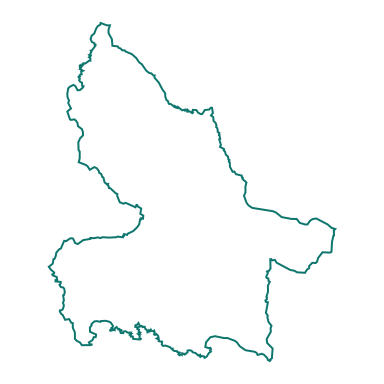 outline of Tulungagung, Jawa Timur, Indonesia
{"feature_id": "22746128B2754392863745", "entity_name": "Tulungagung", "entity_type": "district", "adm_level": 2, "iso_a3": "IDN", "parent_name": "Indonesia", "parent_adm1": "Jawa Timur", "projection": "orthographic", "projection_center": [111.871, -8.073], "detail": "fine", "context": "isolated", "style": "outline", "palette": "teal", "viewbox_px": 384, "rotation_deg": 0, "n_neighbors": 0, "source": "geoboundaries", "source_scale": "gbopen_adm2", "svg_char_len": 5891}
<svg xmlns="http://www.w3.org/2000/svg" viewBox="0 0 384 384"><path d="M220.2,138.8L219.3,134.6L219.8,133.6L219.1,134.1L219.3,132.9L217.8,132.0L217.4,128.3L216.1,127.0L216.5,125.4L215.5,122.8L213.6,121.0L213.2,117.0L211.0,115.5L212.9,113.0L212.0,107.8L210.9,107.7L209.0,109.6L204.9,110.0L202.2,114.0L200.7,114.1L198.0,112.6L196.4,110.1L192.8,109.9L192.4,111.1L193.1,112.4L192.3,113.2L189.5,111.4L187.8,111.6L188.2,110.6L187.4,109.6L186.1,110.7L185.1,110.6L185.2,109.6L182.2,110.3L177.7,106.8L177.2,107.5L176.2,106.9L176.7,107.8L174.7,107.2L171.1,104.2L168.9,103.8L167.8,100.9L166.4,100.0L165.2,96.2L165.2,93.2L162.6,89.8L158.8,82.6L154.5,77.6L154.6,75.4L153.2,75.4L151.4,73.4L149.2,73.0L146.3,70.7L141.7,64.1L139.2,62.4L136.3,58.1L131.8,54.1L125.6,51.5L124.6,50.3L122.3,50.3L120.4,48.4L118.7,47.9L117.8,46.4L112.4,45.8L111.9,39.2L108.6,33.3L108.5,29.7L110.0,25.3L106.8,25.3L100.6,23.0L100.2,24.8L98.0,25.9L96.2,28.5L94.2,33.6L91.7,35.6L90.6,39.0L91.8,41.9L94.4,43.2L94.6,44.8L95.5,44.7L95.6,45.5L91.9,50.4L90.8,50.6L91.4,51.7L90.3,53.7L90.8,55.3L89.3,55.2L90.0,56.3L89.0,57.2L90.3,58.0L90.4,60.7L89.2,60.6L85.5,63.4L83.4,63.3L83.5,64.2L82.3,64.4L82.7,65.4L81.7,66.4L80.3,65.1L79.7,65.7L79.9,67.4L80.8,67.0L81.1,67.6L79.9,69.1L83.1,70.7L81.2,71.5L81.6,74.3L80.5,74.3L79.3,75.9L79.8,76.5L78.6,77.1L79.9,78.8L79.1,80.2L80.3,81.9L82.0,82.7L82.2,85.9L83.5,86.2L83.1,87.4L79.9,90.1L77.5,90.2L75.4,86.1L73.4,84.9L69.6,86.9L68.2,88.4L67.3,94.0L67.6,97.5L69.0,100.5L68.2,103.0L71.0,108.5L67.3,111.5L69.9,119.2L70.7,119.9L74.5,119.4L76.1,120.8L77.5,123.0L78.0,126.2L81.9,129.1L82.9,132.0L83.0,135.4L80.2,138.2L78.3,142.3L78.6,150.1L79.7,151.5L79.7,158.4L78.7,162.2L85.7,164.9L87.7,166.4L89.8,169.8L94.3,167.1L96.7,168.2L98.8,170.9L99.2,172.9L101.2,173.9L102.2,176.8L103.4,177.5L104.6,182.4L106.6,184.0L108.1,183.9L107.7,185.4L108.7,186.2L108.9,188.0L110.4,188.3L115.7,193.3L117.3,193.9L117.2,196.0L119.8,202.3L123.5,203.7L125.2,202.9L126.7,203.3L135.5,207.3L136.5,204.9L137.3,205.1L137.9,206.5L141.2,208.5L140.3,213.8L143.3,215.6L143.0,218.6L141.3,218.1L141.2,219.3L140.1,219.3L139.2,224.4L137.3,227.1L133.2,231.1L127.7,233.7L127.1,234.9L124.1,234.1L124.0,235.8L123.1,235.7L122.9,237.1L123.8,237.4L117.5,236.6L116.5,237.2L109.1,237.6L102.3,237.2L100.7,238.1L98.0,237.4L93.9,238.2L90.4,237.9L90.4,238.9L83.2,240.1L77.9,244.0L75.2,243.1L73.1,238.7L72.0,238.3L70.2,238.4L66.0,241.2L64.2,240.8L60.9,248.5L59.1,249.3L56.3,252.7L55.6,256.5L54.4,259.0L53.5,259.1L52.7,263.7L48.8,266.8L50.8,269.6L54.2,272.5L54.0,273.6L52.3,274.4L52.6,275.3L56.7,277.0L57.2,279.8L56.6,280.5L55.6,280.1L55.5,281.4L60.7,281.9L60.7,283.6L59.5,284.8L60.9,287.1L63.3,287.5L64.3,289.0L64.8,292.2L64.0,295.0L63.1,295.3L63.9,300.3L63.0,302.7L63.9,305.5L62.9,309.0L61.8,310.1L59.9,310.4L59.8,311.3L61.3,314.1L62.7,314.9L65.1,319.8L69.2,319.1L71.2,322.7L72.8,323.1L72.8,327.7L74.9,332.5L74.9,338.9L77.0,341.0L79.9,342.4L81.9,345.2L90.5,345.1L92.5,344.4L89.9,344.4L88.9,342.4L92.5,340.1L93.8,337.1L95.7,337.1L96.1,334.5L90.0,331.8L89.9,327.6L91.6,325.4L91.4,324.1L94.3,321.5L96.4,321.1L100.5,321.8L100.8,321.1L105.2,320.8L108.3,321.4L110.8,322.6L113.0,325.9L112.5,327.5L111.6,327.9L111.9,328.4L110.1,330.1L110.4,330.8L112.3,330.3L112.3,329.4L114.7,330.2L114.6,328.6L116.6,327.0L118.2,329.4L119.3,329.0L119.4,329.7L121.3,330.0L121.4,330.8L120.2,331.4L120.7,333.0L123.2,333.1L123.5,331.5L125.8,331.3L127.6,332.6L130.7,332.6L130.1,333.4L131.3,333.7L129.9,334.9L130.9,335.3L130.8,336.5L132.8,336.5L133.2,338.9L140.3,339.5L140.8,338.8L139.5,338.1L139.7,335.5L138.2,334.2L139.9,333.9L139.0,333.0L140.0,332.4L138.7,331.9L139.0,329.6L137.3,329.1L137.4,327.2L135.2,326.8L135.5,325.2L137.3,324.6L138.4,323.0L139.6,325.2L139.4,326.8L141.4,325.9L142.4,326.3L142.5,327.1L144.7,326.8L145.3,328.8L147.1,330.3L147.4,331.9L148.3,330.8L148.8,331.5L149.2,330.2L150.4,331.0L150.9,329.8L151.4,330.8L153.4,331.3L154.1,330.6L154.7,332.0L154.0,334.4L155.1,334.9L156.3,334.0L158.1,335.8L158.5,337.5L157.1,338.3L158.3,338.6L157.8,339.2L158.8,339.7L158.8,341.2L162.1,341.7L161.8,344.5L163.0,345.9L165.6,345.6L170.1,347.2L171.4,348.7L172.7,348.7L172.6,349.8L174.1,350.9L177.1,351.2L177.3,352.0L179.6,352.6L178.4,354.3L179.7,355.3L181.4,354.3L181.9,354.8L182.2,353.3L184.4,354.4L184.5,353.8L185.6,354.0L187.6,352.1L187.5,350.6L189.1,350.2L191.6,350.7L192.6,352.2L195.7,353.1L197.9,355.3L198.9,354.9L199.5,356.1L200.3,355.2L200.7,356.7L201.8,356.0L204.0,356.4L204.5,357.8L206.7,356.6L209.0,352.9L210.9,351.6L210.0,350.2L211.0,349.5L210.4,347.8L208.6,348.1L205.3,347.0L206.1,342.2L210.3,337.3L215.0,336.2L224.2,338.1L227.4,338.0L234.8,340.8L236.7,342.1L239.8,346.3L245.5,350.2L254.7,351.8L256.5,352.8L257.6,354.9L261.8,353.8L264.2,354.9L267.3,358.1L267.8,359.9L269.7,361.0L270.4,360.4L270.1,359.6L271.9,358.3L272.6,348.5L267.1,342.9L266.7,339.0L270.8,331.8L270.6,328.1L271.5,325.8L268.5,321.9L267.4,317.3L267.7,315.4L265.9,312.8L267.9,302.3L265.9,301.9L265.4,300.4L266.8,299.4L267.0,297.5L266.4,296.8L268.0,291.8L267.9,285.7L269.8,281.8L268.5,280.9L268.4,278.5L266.6,277.9L266.2,276.8L267.9,272.9L267.0,271.5L269.1,270.7L270.5,268.5L270.3,259.2L271.2,259.1L272.2,260.4L274.9,259.9L276.6,262.7L290.4,270.0L294.6,270.8L297.0,272.3L305.0,272.8L307.0,269.6L309.1,268.2L309.2,266.0L312.3,262.8L315.7,263.0L317.0,261.7L318.2,257.9L322.5,252.3L330.2,252.6L331.5,251.7L332.0,241.9L333.4,235.7L334.0,235.5L333.8,230.4L335.2,229.0L331.6,227.9L327.6,224.4L316.3,218.5L312.8,219.0L310.1,220.7L307.5,224.4L305.2,224.5L299.8,222.9L296.7,219.0L291.4,218.9L281.7,217.1L276.1,212.6L272.9,211.2L252.3,207.9L248.6,205.5L246.6,202.9L244.0,195.7L245.5,192.4L245.4,186.8L246.4,182.4L242.6,179.1L242.8,177.8L242.0,177.6L241.7,175.6L236.0,174.2L234.4,171.6L232.6,171.8L229.9,166.7L229.8,162.6L228.8,161.7L229.5,160.1L228.4,159.4L228.0,156.6L225.8,154.6L225.0,151.6L223.7,150.4L224.1,149.1L220.0,146.9L220.9,144.8L219.2,139.2L220.2,138.8Z" fill="none" stroke="#0f766e" stroke-width="2"/></svg>